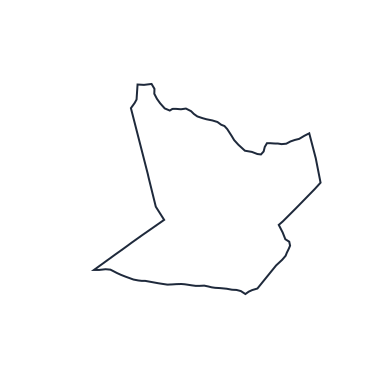 Junqueiro, Alagoas, Brazil, rotated 135°
{"feature_id": "56859067B20024464434808", "entity_name": "Junqueiro", "entity_type": "district", "adm_level": 2, "iso_a3": "BRA", "parent_name": "Brazil", "parent_adm1": "Alagoas", "projection": "robinson", "projection_center": [-36.435, -9.874], "detail": "fine", "context": "isolated", "style": "outline", "palette": "slate", "viewbox_px": 384, "rotation_deg": 135, "n_neighbors": 0, "source": "geoboundaries", "source_scale": "gbopen_adm2", "svg_char_len": 1481}
<svg xmlns="http://www.w3.org/2000/svg" viewBox="0 0 384 384"><g transform="rotate(135 192 192)"><path d="M226.4,82.1L222.3,81.4L218.8,80.1L214.0,77.5L184.4,80.6L176.2,80.3L170.9,80.7L167.9,82.0L163.8,83.4L160.6,84.7L158.4,88.1L159.4,92.6L156.5,99.3L153.9,107.4L148.4,107.0L129.5,107.0L103.1,107.3L94.5,107.7L80.6,128.4L67.6,150.6L72.8,152.3L78.7,153.8L82.5,156.1L86.6,158.1L91.2,159.5L94.8,162.5L96.9,165.4L99.5,168.1L102.0,171.0L104.5,173.5L108.7,172.4L112.7,170.0L116.7,169.8L118.9,172.6L121.3,178.0L125.4,183.8L125.6,188.3L125.8,192.6L125.5,198.9L124.3,203.7L122.6,211.6L122.4,215.7L123.8,218.9L124.5,223.5L127.0,228.2L130.4,233.3L132.3,236.7L134.8,241.7L135.5,245.9L135.5,249.8L137.3,255.3L141.3,258.3L144.7,262.3L147.1,264.6L150.1,265.3L152.2,270.4L151.8,277.3L150.9,282.7L149.2,288.1L145.6,291.5L144.2,297.0L150.2,301.7L154.5,306.5L165.8,296.6L169.6,295.5L175.9,294.5L210.4,236.2L212.6,232.7L228.0,207.2L231.4,192.0L248.3,195.0L257.7,196.7L270.8,198.9L274.9,199.5L280.6,200.4L290.7,202.1L316.4,206.2L312.7,202.5L307.7,198.5L304.6,194.8L303.4,191.1L302.4,187.9L300.8,183.6L298.8,179.0L297.1,175.4L295.3,171.5L292.5,167.4L290.3,164.6L287.9,162.2L285.4,158.6L282.7,154.7L280.2,151.1L278.3,148.5L274.9,143.9L271.4,140.7L268.2,137.9L264.6,134.5L262.4,131.9L260.1,128.8L258.2,126.2L255.6,122.8L252.6,119.9L249.6,117.2L247.3,113.7L245.5,110.7L243.4,107.9L240.1,104.2L235.9,99.1L232.8,94.6L229.8,91.3L227.5,87.4L226.4,82.1Z" fill="none" stroke="#1e293b" stroke-width="2"/></g></svg>